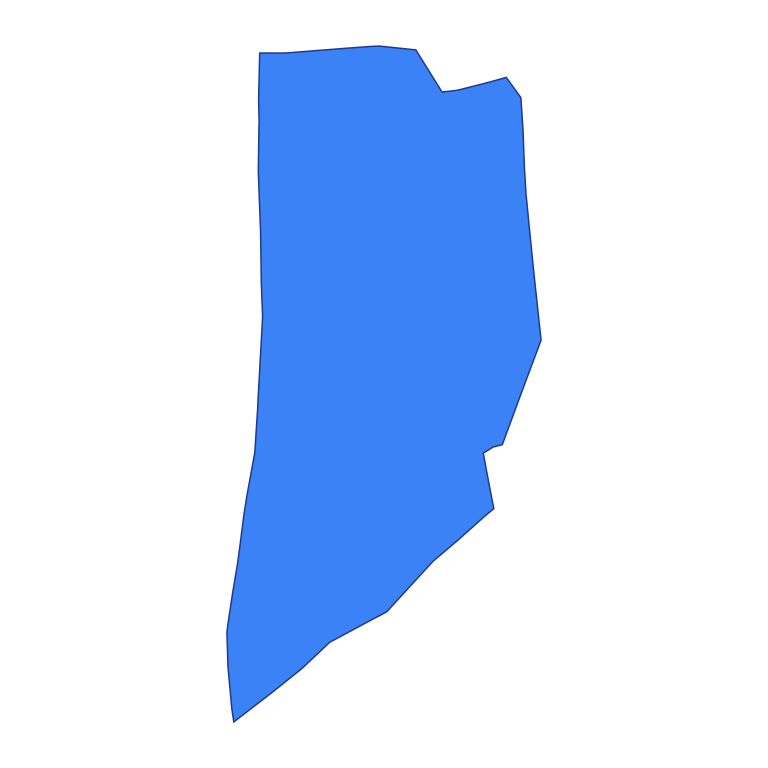 outline of Alagoinha do Piauí, Piauí, Brazil
{"feature_id": "56859067B21124147099075", "entity_name": "Alagoinha do Piauí", "entity_type": "district", "adm_level": 2, "iso_a3": "BRA", "parent_name": "Brazil", "parent_adm1": "Piauí", "projection": "mercator", "projection_center": [-40.918, -6.952], "detail": "fine", "context": "isolated", "style": "filled", "palette": "blue", "viewbox_px": 768, "rotation_deg": 0, "n_neighbors": 0, "source": "geoboundaries", "source_scale": "gbopen_adm2", "svg_char_len": 838}
<svg xmlns="http://www.w3.org/2000/svg" viewBox="0 0 768 768"><path d="M502.3,444.7L521.6,392.3L541.1,340.1L537.8,309.7L534.0,274.1L530.7,241.6L526.0,193.7L524.9,175.1L524.5,169.4L523.6,146.4L523.1,131.0L520.9,97.7L506.3,77.4L488.6,82.3L458.5,90.0L453.3,90.8L442.0,92.0L439.1,87.3L415.8,49.9L379.5,46.1L371.1,46.4L344.2,48.4L285.6,53.0L259.7,53.0L258.6,99.5L259.1,122.4L258.9,129.8L258.3,171.5L260.6,232.5L261.3,282.7L262.6,316.9L258.9,384.3L258.0,400.0L257.7,407.7L254.8,452.6L246.9,495.8L243.8,515.4L240.4,542.3L237.7,562.5L232.6,593.1L227.8,625.0L226.9,632.5L228.0,667.1L231.8,708.7L233.8,721.9L271.4,693.0L301.8,668.6L329.8,642.2L362.4,624.7L386.7,611.8L410.1,586.3L414.3,581.7L433.1,561.2L459.1,539.1L484.6,516.3L493.8,508.7L486.9,472.9L483.3,453.1L492.9,447.1L502.3,444.7Z" fill="#3b82f6" stroke="#1e3a8a" stroke-width="1.5"/></svg>